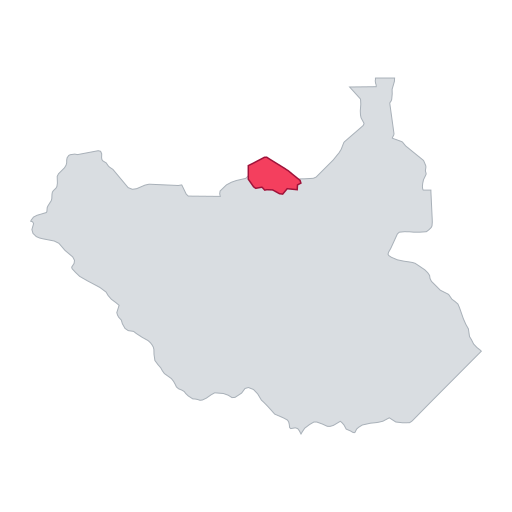 location of Pariang, Unity, South Sudan
{"feature_id": "79223893B45292827901182", "entity_name": "Pariang", "entity_type": "district", "adm_level": 2, "iso_a3": "SSD", "parent_name": "South Sudan", "parent_adm1": "Unity", "projection": "albers", "projection_center": [30.206, 9.837], "detail": "fine", "context": "in_parent", "style": "filled", "palette": "rose", "viewbox_px": 512, "rotation_deg": 0, "n_neighbors": 0, "source": "geoboundaries", "source_scale": "gbopen_adm2", "svg_char_len": 4113}
<svg xmlns="http://www.w3.org/2000/svg" viewBox="0 0 512 512"><path d="M429.2,403.6L412.7,420.4L411.6,421.4L409.5,422.7L402.8,422.8L395.8,422.0L389.3,417.8L382.9,421.2L378.7,422.2L376.3,422.6L370.4,423.2L362.3,425.0L358.6,427.3L356.6,429.1L355.0,432.3L354.2,432.7L352.7,432.3L350.6,431.0L346.2,429.1L344.0,425.0L341.9,422.6L340.3,421.3L333.4,425.4L330.0,426.4L327.3,426.3L322.3,424.0L316.7,422.0L313.9,422.0L309.6,424.5L304.7,428.2L302.2,431.9L301.0,434.0L299.3,430.7L297.7,428.6L295.3,427.8L290.7,428.6L289.6,427.5L289.3,424.6L288.7,422.0L287.5,420.1L283.9,418.1L274.7,414.1L267.6,406.2L264.0,402.5L261.4,400.1L257.7,393.9L253.5,389.5L248.4,387.5L245.0,388.5L241.6,393.1L235.0,397.4L232.0,397.6L228.2,395.2L223.4,393.5L214.7,392.8L211.1,394.8L206.4,398.1L202.4,400.0L200.0,400.3L197.7,399.5L195.1,399.0L192.8,398.9L188.2,395.9L185.8,393.6L184.2,391.5L181.6,390.0L178.6,388.8L176.4,386.9L175.3,384.5L173.6,381.4L171.4,378.6L164.4,373.6L162.3,370.7L160.8,367.9L158.0,364.7L154.9,360.5L154.0,354.3L153.9,349.4L153.3,347.1L152.0,344.8L150.5,342.8L148.1,340.6L142.3,337.4L136.4,333.6L133.6,331.4L128.2,330.6L125.0,328.4L122.4,323.8L121.3,320.1L118.6,317.1L117.5,315.0L116.8,312.6L119.1,305.3L116.0,302.7L111.4,299.3L108.1,295.5L106.1,292.1L100.1,287.6L87.2,280.7L79.7,276.4L75.6,272.5L72.1,268.7L71.7,267.1L74.1,263.4L74.5,260.3L72.7,256.9L65.0,250.4L58.9,243.3L54.2,241.0L42.9,238.8L39.6,238.0L36.3,236.6L33.0,233.4L31.9,229.6L33.6,223.6L32.6,221.8L30.7,221.2L31.3,220.0L33.5,217.1L37.0,215.3L46.4,212.5L46.9,211.4L47.2,207.6L48.0,205.8L51.3,200.6L51.8,198.6L52.0,194.2L52.4,192.1L53.4,190.6L56.0,188.1L56.9,186.5L57.4,183.2L57.2,176.4L58.5,173.8L64.5,167.8L66.1,165.1L66.7,162.7L66.7,160.2L67.1,157.8L68.8,155.4L70.3,154.7L74.7,154.1L77.6,154.6L98.2,150.7L100.6,151.3L101.7,153.8L101.6,157.7L101.9,159.6L103.0,161.0L106.2,162.9L108.4,166.1L109.6,167.2L112.9,169.4L128.1,187.6L132.4,189.3L136.6,188.7L145.0,185.1L149.1,184.2L178.3,185.5L181.6,184.9L181.8,185.0L186.2,194.1L188.3,196.1L220.3,196.4L219.7,193.8L220.1,191.0L225.8,185.5L226.6,184.8L231.5,182.2L236.4,180.5L245.7,178.4L249.0,175.2L250.9,172.2L251.0,166.3L252.2,165.4L254.4,164.0L265.2,158.8L267.0,157.7L285.9,169.9L296.6,179.5L297.2,180.0L297.8,180.1L298.3,179.8L298.8,179.4L300.1,178.9L304.6,178.8L313.3,178.3L316.1,177.1L333.3,159.9L337.7,154.4L338.8,153.2L341.2,149.3L343.8,142.6L344.4,141.8L363.1,125.6L363.8,124.3L364.0,123.3L361.1,117.9L360.5,115.1L360.3,110.9L360.8,104.3L360.6,100.1L360.4,99.0L360.2,98.7L349.6,87.0L376.2,86.7L376.2,85.2L376.1,84.7L375.6,83.3L375.3,81.4L375.3,80.3L375.5,79.4L375.5,78.8L375.4,78.3L375.4,78.1L375.5,78.0L394.6,78.0L394.4,81.4L392.1,89.3L392.2,94.0L391.7,99.4L391.1,101.0L390.1,102.4L389.8,103.0L389.8,103.6L394.0,133.8L393.7,135.1L392.7,137.0L392.4,137.6L392.3,138.1L392.8,138.4L401.6,141.6L402.0,141.8L402.4,142.0L405.6,145.9L423.1,160.1L423.7,160.8L425.6,165.3L425.8,166.0L425.9,167.0L425.8,167.9L425.4,170.6L425.6,171.8L425.9,172.6L426.1,173.5L426.1,173.8L426.0,174.5L423.5,179.7L422.7,183.4L422.4,186.6L422.6,188.4L422.9,189.5L423.2,190.0L423.4,190.1L430.9,190.1L430.9,191.7L432.2,219.0L432.3,222.1L432.0,225.9L431.2,227.5L429.0,229.7L426.4,231.7L419.6,232.2L413.9,232.2L409.9,231.8L404.4,231.7L399.3,232.2L397.4,233.9L390.7,248.5L388.6,252.1L388.0,254.2L388.7,255.5L391.4,257.3L397.3,259.8L404.0,261.2L409.0,261.9L412.5,262.5L415.1,263.3L424.8,269.8L427.8,272.8L429.6,275.5L430.0,278.4L431.4,281.3L440.3,290.2L448.6,294.4L451.9,299.2L455.0,301.5L457.9,304.0L459.5,307.7L463.3,318.6L465.8,324.3L468.4,328.9L469.5,336.5L471.5,339.8L473.6,344.0L477.0,347.6L480.6,350.4L481.3,351.2L445.6,387.1L429.2,403.6Z" fill="#d9dde1" stroke="#a8b0b8" stroke-width="1"/><path d="M282.7,194.1L287.2,188.7L297.2,189.7L297.5,184.9L300.9,183.1L300.1,180.5L300.0,180.3L297.9,178.6L297.6,178.4L292.4,174.2L288.2,170.7L285.9,169.3L285.6,169.0L273.0,161.2L269.6,159.1L266.7,157.2L264.4,157.3L261.0,159.1L258.1,160.6L253.2,163.2L248.3,165.6L248.3,168.8L248.3,179.2L253.6,186.8L255.7,188.3L261.9,187.2L262.9,188.1L264.7,190.1L266.8,189.7L272.6,189.9L279.5,193.7L282.7,194.1Z" fill="#f43f5e" stroke="#9f1239" stroke-width="1.5"/></svg>